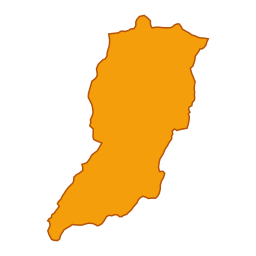 the district of Avanhandava, São Paulo, Brazil
{"feature_id": "56859067B79677871245441", "entity_name": "Avanhandava", "entity_type": "district", "adm_level": 2, "iso_a3": "BRA", "parent_name": "Brazil", "parent_adm1": "São Paulo", "projection": "mercator", "projection_center": [-49.949, -21.468], "detail": "fine", "context": "isolated", "style": "filled", "palette": "amber", "viewbox_px": 256, "rotation_deg": 0, "n_neighbors": 0, "source": "geoboundaries", "source_scale": "gbopen_adm2", "svg_char_len": 2406}
<svg xmlns="http://www.w3.org/2000/svg" viewBox="0 0 256 256"><path d="M208.3,38.8L205.3,38.3L199.7,37.8L196.7,36.7L194.7,35.8L191.7,34.9L189.0,32.9L186.2,31.4L182.4,29.2L180.9,26.2L179.3,24.0L177.2,23.9L174.9,24.8L172.2,27.0L170.3,27.7L166.2,27.8L162.2,27.6L159.5,27.3L157.4,27.2L154.9,27.3L152.1,27.9L150.9,26.0L150.4,23.5L150.4,20.8L147.4,17.8L144.1,15.4L139.4,16.5L136.8,19.5L135.8,22.2L135.9,25.4L134.1,28.6L131.0,28.9L128.7,30.3L125.6,31.4L121.2,31.1L118.1,32.9L108.8,33.9L109.1,36.3L109.6,39.8L109.5,43.0L109.1,46.5L108.3,48.8L107.2,52.6L106.9,56.1L105.3,58.8L102.9,59.8L98.4,64.1L96.5,68.5L97.3,74.1L96.8,76.6L95.0,78.9L92.0,81.1L88.5,93.4L88.3,97.5L89.9,100.6L91.6,104.0L92.5,107.1L92.8,109.5L93.1,112.7L91.9,116.5L90.4,119.8L90.8,122.4L89.8,125.8L93.3,129.2L93.1,134.4L93.0,136.9L93.5,139.1L95.4,140.4L101.9,143.0L97.5,150.6L92.0,154.8L89.8,158.6L88.3,160.9L86.6,162.9L81.9,164.4L82.7,167.3L82.8,170.5L78.9,173.4L76.5,174.7L73.9,177.2L73.7,180.5L72.9,183.0L68.4,187.3L65.8,190.8L64.5,193.0L62.5,195.8L61.0,199.1L58.5,201.6L57.4,203.6L59.2,206.4L55.7,211.0L54.6,212.9L52.0,214.6L51.2,217.7L49.1,218.8L47.7,220.8L49.5,221.9L50.1,225.6L47.8,230.9L49.1,234.8L51.5,239.3L53.7,240.3L57.5,240.6L59.6,239.0L60.7,235.0L62.7,232.0L63.8,230.0L66.0,228.5L68.9,226.9L70.8,225.7L72.5,224.5L76.1,225.0L79.4,225.1L82.4,225.0L85.6,223.9L88.8,223.2L92.8,223.5L95.5,224.7L97.3,225.8L99.4,225.2L102.0,223.6L103.8,221.2L105.0,219.2L106.7,216.5L109.2,215.3L111.8,215.8L114.6,214.7L117.4,214.9L119.6,216.7L121.9,216.6L123.6,215.3L126.6,214.4L128.9,212.0L131.3,209.9L133.5,206.7L136.7,203.2L138.4,199.7L140.3,197.7L142.8,196.3L145.9,197.2L148.4,198.5L151.3,198.1L155.7,198.1L157.9,195.8L159.3,193.1L160.3,188.9L160.3,184.9L161.7,180.5L163.5,177.6L164.7,173.3L162.8,171.3L159.5,171.5L158.5,167.5L159.0,163.0L159.9,159.2L161.7,156.2L163.3,153.5L165.1,149.1L167.4,145.7L169.3,142.2L171.6,139.0L171.7,135.9L172.8,133.9L172.2,131.0L174.6,129.0L177.0,130.5L179.3,129.7L183.1,128.9L187.0,128.3L188.3,124.1L189.0,120.2L189.3,116.7L188.3,113.8L190.0,112.2L188.6,109.8L189.0,107.1L191.8,105.7L192.3,102.5L194.4,100.1L194.7,97.4L194.3,94.8L194.7,92.4L194.2,89.3L194.5,84.7L195.1,81.7L194.1,79.4L193.3,77.1L192.1,74.5L191.0,71.1L190.4,68.1L192.7,66.4L193.9,63.0L194.9,59.8L195.2,56.3L196.7,54.2L198.8,51.3L200.0,48.8L202.2,48.9L204.4,47.1L206.1,44.8L206.7,42.2L208.3,38.8Z" fill="#f59e0b" stroke="#b45309" stroke-width="1.5"/></svg>